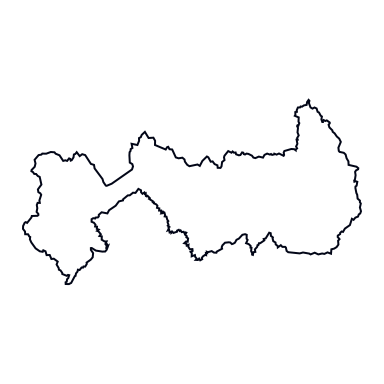 Nong Ya Plong, Phetchaburi, Thailand
{"feature_id": "78962969B63755110473004", "entity_name": "Nong Ya Plong", "entity_type": "district", "adm_level": 2, "iso_a3": "THA", "parent_name": "Thailand", "parent_adm1": "Phetchaburi", "projection": "natural_earth1", "projection_center": [99.458, 13.138], "detail": "fine", "context": "isolated", "style": "outline", "palette": "ink", "viewbox_px": 384, "rotation_deg": 0, "n_neighbors": 0, "source": "geoboundaries", "source_scale": "gbopen_adm2", "svg_char_len": 6000}
<svg xmlns="http://www.w3.org/2000/svg" viewBox="0 0 384 384"><path d="M76.7,152.2L75.4,153.9L73.9,154.5L73.5,157.4L71.7,160.2L70.7,160.6L70.2,158.9L69.1,158.4L67.1,160.9L65.3,160.3L63.2,160.9L59.5,155.3L55.6,153.7L54.5,152.3L50.8,152.0L46.2,153.7L42.3,153.6L41.4,154.6L38.6,155.1L34.6,159.8L35.5,163.5L34.7,166.8L31.6,170.0L31.4,171.2L33.0,172.1L34.2,173.9L36.1,174.0L37.8,176.0L39.7,176.9L41.4,184.6L37.9,189.4L38.4,192.2L40.3,193.3L41.2,194.8L39.4,200.4L39.8,202.9L37.6,202.9L36.8,205.0L37.3,208.2L36.6,211.9L38.3,213.9L38.4,215.0L37.5,215.8L31.8,216.0L31.4,217.5L27.1,222.9L25.8,222.1L24.7,222.7L23.1,226.0L23.0,228.9L25.0,231.5L25.2,234.2L28.1,234.3L29.3,236.5L30.2,237.0L29.9,239.3L31.3,242.4L35.6,248.4L39.8,251.3L42.7,251.8L43.3,250.3L45.5,251.3L46.6,255.1L49.7,255.0L51.4,259.0L53.8,258.7L57.7,261.6L56.6,264.5L58.7,268.1L58.9,269.7L60.5,270.4L62.2,272.8L62.3,274.0L66.7,275.8L68.0,274.9L69.2,275.2L68.2,278.2L67.1,279.2L66.7,281.7L65.6,282.3L65.7,284.0L68.9,284.1L71.2,282.9L74.8,276.1L75.5,275.9L76.0,273.4L77.5,271.6L77.9,269.7L79.6,270.0L81.6,267.5L83.0,267.6L83.5,266.5L85.2,266.6L86.8,263.9L86.6,262.6L90.7,259.7L92.7,257.3L93.1,253.1L90.9,249.9L90.9,248.1L91.7,248.0L95.9,250.6L102.3,251.6L105.2,251.5L106.7,249.7L108.1,245.8L106.5,246.9L107.1,244.3L106.6,243.8L106.0,244.8L105.4,244.0L106.6,241.4L104.7,241.5L101.7,239.7L101.8,236.4L99.5,236.0L100.8,234.2L98.4,231.3L97.2,230.9L98.7,229.6L96.8,228.9L97.0,226.7L95.1,226.5L95.5,224.7L93.9,222.7L91.6,221.8L91.6,219.2L93.2,218.2L95.1,218.5L95.5,217.6L97.9,217.4L98.8,216.4L98.8,214.8L101.6,212.3L107.4,213.4L109.1,210.2L115.7,205.7L118.9,201.4L123.0,200.4L123.1,199.3L127.8,195.4L129.8,195.3L133.0,192.7L135.5,192.9L138.4,188.9L141.0,190.3L141.1,192.3L142.5,193.8L144.4,192.5L144.8,193.8L145.7,193.3L145.9,196.0L146.7,196.4L147.5,195.8L149.8,198.1L149.1,198.9L152.8,201.2L152.7,202.0L154.0,202.4L153.8,203.3L156.3,204.4L157.4,205.7L157.0,207.8L159.3,208.4L159.1,210.5L161.1,210.5L161.1,211.7L162.1,211.6L161.3,213.4L162.7,213.2L163.1,211.9L164.4,212.5L165.1,215.1L164.7,216.4L166.5,216.7L167.2,219.6L168.3,221.1L167.5,222.0L168.5,224.9L167.8,225.7L169.3,226.9L168.5,227.4L168.7,228.7L167.9,230.3L169.1,229.8L169.6,232.4L171.4,231.6L171.4,232.8L172.5,231.9L173.5,232.9L177.0,231.7L177.1,230.6L178.8,229.8L179.7,231.0L180.6,230.4L181.7,232.1L183.6,231.8L184.5,233.2L185.4,232.4L186.3,232.7L185.1,234.7L186.8,236.2L186.4,237.3L188.1,238.4L187.7,241.7L186.1,241.5L184.3,243.2L186.4,243.7L186.7,245.6L188.5,244.8L188.3,246.8L189.9,249.3L192.4,249.1L192.6,250.9L190.6,251.9L191.8,253.1L191.7,256.3L194.9,255.1L195.2,256.8L196.8,258.8L195.8,259.9L197.9,260.0L199.1,258.6L200.2,260.3L202.2,259.2L201.8,258.0L202.8,256.5L205.0,254.9L206.1,255.2L205.9,253.0L207.1,253.2L206.9,251.8L207.8,252.2L211.7,251.1L214.0,252.6L216.4,252.7L216.8,251.6L222.1,248.7L221.7,247.2L222.4,245.4L225.0,242.7L228.7,242.3L230.3,242.5L231.9,244.1L233.4,243.6L234.9,242.7L236.5,239.8L238.9,238.6L242.4,234.8L245.1,234.2L246.7,234.8L246.6,238.7L247.6,239.9L246.1,243.2L248.7,244.1L250.6,245.9L250.5,247.6L251.5,247.8L251.1,251.0L252.2,253.4L252.1,254.6L252.9,254.9L253.4,252.2L255.3,251.9L254.9,249.4L257.2,246.8L257.5,245.2L258.4,245.0L259.0,243.2L260.2,243.2L264.3,240.4L263.7,239.0L265.7,238.4L269.2,232.7L270.7,233.2L270.9,235.9L272.9,237.4L272.6,238.5L273.3,241.2L275.5,242.5L275.7,244.4L277.7,246.0L277.8,247.4L280.8,245.2L282.4,246.9L285.2,246.9L285.9,247.6L286.6,250.9L288.2,252.2L299.7,253.4L303.0,252.5L309.3,253.6L310.6,254.4L314.7,252.7L318.3,254.4L322.1,253.5L324.4,253.9L327.5,252.4L331.0,253.7L331.4,249.3L334.2,248.6L336.6,247.1L338.4,244.6L338.1,240.7L339.5,239.1L337.7,237.0L337.8,235.6L340.1,234.1L340.2,232.9L341.6,231.5L343.0,231.9L344.9,228.6L349.9,225.1L351.9,218.8L353.6,219.8L355.4,217.6L358.0,216.6L358.8,214.4L360.2,213.5L361.0,211.2L359.9,207.5L360.8,203.5L359.9,202.2L359.9,200.6L357.6,198.6L357.2,194.7L356.4,193.1L355.4,188.0L355.5,186.5L356.6,185.7L357.3,181.8L355.6,181.2L354.4,181.7L354.2,180.6L355.0,179.2L355.6,175.2L355.1,171.9L356.0,170.4L358.1,169.3L358.3,168.2L356.5,166.7L348.6,164.9L348.4,161.3L346.6,158.3L345.6,154.5L343.8,152.8L339.6,151.9L338.8,150.9L338.4,147.7L340.8,141.9L339.2,138.6L336.8,136.5L334.6,133.3L332.7,131.8L332.3,130.3L329.4,127.4L328.6,124.7L329.7,123.4L329.7,122.5L326.8,120.4L325.2,121.0L323.6,120.0L322.9,120.5L322.9,122.0L322.3,122.0L321.4,119.4L321.9,116.5L320.7,115.7L319.0,112.5L317.6,111.8L316.6,108.5L314.5,107.5L312.5,108.6L310.5,107.4L308.9,103.0L309.4,100.8L308.6,99.9L307.1,102.0L306.6,104.9L303.9,105.4L302.0,106.7L300.6,106.5L300.1,107.4L297.9,107.5L296.7,110.3L296.9,111.8L295.3,112.1L295.4,114.7L294.8,115.8L298.7,117.4L298.5,121.7L299.3,123.1L298.4,125.6L297.5,125.3L297.1,126.1L298.0,127.9L297.5,132.4L298.7,135.4L297.1,138.1L297.7,139.6L296.6,139.7L297.4,143.8L296.1,146.5L297.1,148.4L295.7,149.5L295.7,150.3L294.2,149.2L291.3,149.0L284.4,151.0L283.7,152.5L284.1,155.0L283.6,155.8L279.0,153.5L276.6,154.6L274.3,153.7L274.1,154.4L272.1,154.9L271.0,154.0L270.0,154.6L267.1,153.6L264.5,154.9L263.0,157.6L258.8,156.6L255.4,158.1L253.4,157.6L252.0,155.7L248.4,153.9L246.5,153.6L245.0,154.5L243.8,154.1L243.3,152.7L242.1,152.4L240.4,155.0L238.9,155.3L236.1,154.3L235.6,152.5L234.0,152.7L232.6,151.5L231.5,152.7L228.2,151.1L224.5,155.7L224.0,157.3L224.5,160.1L222.1,162.0L221.5,166.4L220.5,167.9L217.7,167.8L217.4,165.3L214.6,164.1L212.6,161.4L210.7,161.7L208.3,157.3L206.9,156.5L202.4,160.9L199.8,165.9L197.5,164.5L189.4,166.2L187.2,164.8L184.9,161.6L184.5,159.5L182.4,157.7L178.6,158.3L175.8,157.4L172.2,149.5L169.5,149.2L168.2,146.8L167.1,147.2L165.7,149.5L155.0,145.0L155.1,140.8L153.4,137.7L148.6,138.0L144.9,131.9L141.7,134.9L140.8,137.2L139.0,138.1L139.1,140.8L137.4,145.0L131.6,143.8L132.4,148.0L130.7,149.1L130.5,151.0L129.6,152.2L129.4,155.3L129.8,162.6L132.3,164.1L133.0,166.4L132.0,169.5L111.7,183.7L106.7,185.8L105.8,185.6L103.4,182.1L102.5,179.0L94.6,168.4L94.0,164.9L90.9,163.9L85.2,155.1L82.2,154.2L79.7,156.1L76.7,152.2Z" fill="none" stroke="#020617" stroke-width="2"/></svg>